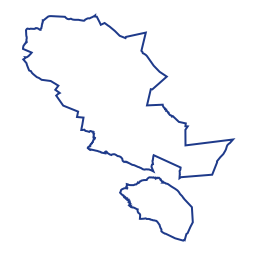 the district of Morelos, México, Mexico
{"feature_id": "50627088B14737747696795", "entity_name": "Morelos", "entity_type": "district", "adm_level": 2, "iso_a3": "MEX", "parent_name": "Mexico", "parent_adm1": "México", "projection": "mercator", "projection_center": [-99.637, 19.725], "detail": "fine", "context": "isolated", "style": "outline", "palette": "blue", "viewbox_px": 256, "rotation_deg": 0, "n_neighbors": 0, "source": "geoboundaries", "source_scale": "gbopen_adm2", "svg_char_len": 5718}
<svg xmlns="http://www.w3.org/2000/svg" viewBox="0 0 256 256"><path d="M63.2,105.6L78.1,111.6L77.0,117.0L83.5,117.6L82.3,124.8L81.7,127.6L81.3,130.0L82.4,130.0L84.4,129.7L85.4,130.9L87.4,131.3L89.3,131.9L90.1,131.1L90.6,131.0L91.2,131.2L91.7,131.6L92.3,131.7L92.8,131.6L93.1,132.3L93.6,132.3L93.3,133.3L93.5,133.9L94.0,134.0L93.7,135.0L93.8,135.4L93.6,136.0L93.4,137.3L93.6,137.9L93.8,137.9L93.9,137.4L94.3,137.3L94.6,137.7L95.0,137.9L94.8,138.6L94.6,138.7L94.4,138.5L94.1,138.7L94.1,139.2L93.8,139.2L93.6,139.5L93.3,140.5L93.0,140.9L92.9,142.0L92.5,142.1L92.0,142.6L92.0,143.3L91.2,143.7L91.2,144.0L90.7,144.3L90.3,145.0L90.4,145.8L90.2,145.9L89.8,145.8L89.7,146.0L90.0,146.3L89.8,146.5L88.7,146.7L88.2,147.1L87.8,147.7L87.8,148.2L88.6,148.6L88.8,149.0L90.1,149.3L90.0,149.8L90.4,149.9L90.5,149.4L94.1,150.2L95.7,150.6L97.7,151.0L98.5,151.4L100.1,151.8L100.4,151.9L100.7,152.2L101.0,152.2L101.5,152.6L105.6,153.4L105.9,152.1L105.2,151.9L105.4,151.7L105.8,151.5L106.3,151.5L106.7,151.8L107.2,152.8L109.9,154.5L111.4,155.0L111.8,154.6L112.4,154.4L113.9,154.2L114.7,154.3L116.3,155.1L116.9,155.6L117.8,156.1L118.4,156.1L119.1,156.3L120.6,156.9L122.2,158.6L122.5,160.1L122.7,160.8L123.2,161.3L124.0,161.8L124.7,161.7L124.7,161.8L125.0,161.7L125.7,161.9L125.9,162.1L126.5,162.2L126.8,162.0L127.3,162.3L127.3,162.2L132.2,164.8L134.2,165.2L138.2,167.0L139.3,167.3L139.8,167.6L140.9,168.0L143.0,169.3L144.7,169.6L146.0,169.3L147.0,169.3L147.9,169.5L148.8,169.4L151.3,170.3L153.4,171.4L151.8,167.6L151.6,167.1L151.5,166.5L151.9,164.9L152.1,164.5L153.0,164.2L152.5,161.4L152.5,161.1L152.6,160.4L152.8,160.3L153.4,156.0L153.7,155.2L180.6,167.5L180.4,169.4L180.1,170.4L179.7,170.7L179.6,171.5L179.8,172.8L179.7,173.9L179.9,174.2L179.9,174.7L179.7,175.0L179.5,178.2L180.9,177.2L212.2,174.7L217.1,162.3L217.0,161.3L220.3,157.2L223.3,154.1L225.3,150.7L226.0,149.2L226.9,146.2L227.5,145.0L228.9,143.7L229.9,143.0L233.0,139.5L185.5,145.4L185.4,129.8L187.7,126.4L185.4,126.2L185.8,123.4L178.9,121.9L173.0,116.3L172.7,116.4L172.6,116.2L171.8,116.5L171.6,115.9L171.4,115.6L169.9,115.0L168.5,113.3L168.6,113.1L168.2,112.7L168.4,112.4L167.5,111.7L166.7,110.7L166.2,110.8L166.2,109.5L165.0,109.3L165.0,108.4L164.5,108.2L163.5,107.0L162.8,105.6L162.7,104.7L147.0,105.4L150.8,89.2L152.3,89.4L166.8,76.6L159.6,71.8L153.7,65.7L146.9,56.0L145.9,55.0L144.3,53.9L142.8,53.2L142.5,52.1L142.3,51.9L141.4,50.8L145.8,32.6L126.0,36.9L125.5,38.1L119.7,35.8L114.9,31.0L109.5,26.5L108.1,25.6L104.6,23.0L100.8,24.8L99.6,22.2L96.8,16.7L94.9,16.5L95.0,16.4L95.1,15.4L94.2,16.1L92.1,17.2L91.1,17.6L89.5,18.4L88.1,18.3L87.2,18.6L85.1,19.7L84.4,20.6L83.4,20.7L79.8,20.1L78.5,19.8L74.9,19.8L73.0,19.6L71.8,19.2L70.9,18.7L69.1,19.2L68.2,19.1L67.4,18.9L66.8,18.5L66.1,18.0L64.9,16.8L50.9,16.1L49.3,16.2L48.1,16.6L43.3,20.5L43.2,20.7L42.8,20.5L42.8,21.8L42.7,22.2L42.5,22.3L42.4,23.4L42.1,23.8L42.1,24.5L41.8,25.3L41.8,26.2L41.6,27.0L41.3,27.7L41.4,28.1L40.5,29.4L40.5,29.8L39.7,29.7L38.7,28.9L37.5,28.3L36.6,28.1L35.7,28.1L35.4,28.3L35.5,28.5L34.4,28.9L33.8,28.9L30.5,28.7L29.5,29.0L27.4,28.6L26.8,29.0L26.0,30.2L26.2,33.9L26.2,34.5L26.4,36.3L26.7,36.9L26.7,37.3L26.7,38.6L26.5,39.4L26.4,40.1L26.6,41.4L26.5,41.6L26.6,41.8L26.4,42.0L26.6,42.3L26.4,42.5L26.2,42.4L26.0,42.5L25.8,42.4L25.7,42.6L25.2,43.7L24.7,44.0L24.6,44.3L23.5,45.8L23.1,47.5L23.0,48.9L31.7,52.6L31.0,53.5L28.8,55.8L27.5,56.8L26.6,57.3L25.1,57.2L25.3,57.5L25.4,57.8L25.3,58.0L24.3,58.8L23.3,59.4L26.5,63.2L26.9,64.8L27.7,66.9L29.1,70.4L29.4,70.6L31.0,71.2L31.8,72.7L33.2,74.1L36.8,77.1L39.0,78.0L41.6,79.8L50.7,81.0L58.4,85.7L55.3,89.8L59.7,93.0L58.1,93.9L56.2,95.6L63.2,105.6ZM192.8,222.3L191.9,207.2L184.2,199.0L183.9,198.4L183.6,198.3L182.2,196.2L181.2,195.2L179.9,193.8L179.1,192.4L178.4,191.5L177.4,190.4L175.0,188.7L171.4,186.5L168.0,184.1L166.6,183.6L166.0,183.6L164.8,182.8L163.2,182.7L163.5,182.5L163.4,182.1L163.1,182.1L162.9,181.8L162.7,182.0L162.6,181.9L162.1,181.4L161.8,181.4L161.7,181.1L161.5,180.8L161.1,180.4L161.1,180.1L160.9,179.7L160.5,179.8L160.3,179.4L160.4,179.1L160.2,179.0L160.0,178.7L159.8,178.6L159.1,178.0L159.0,177.8L158.3,177.8L158.0,178.0L157.7,177.8L157.2,177.7L156.7,178.3L156.2,178.2L155.9,178.4L155.9,178.0L155.5,177.6L154.6,177.9L153.8,177.5L153.4,177.6L153.2,177.4L152.7,177.6L151.6,177.4L150.8,177.5L150.0,177.3L149.2,177.4L147.9,178.3L147.2,179.0L146.7,180.0L143.8,180.1L141.4,180.6L140.9,181.1L139.6,181.6L139.5,182.2L139.2,182.6L138.7,182.9L137.9,183.2L137.7,182.8L137.3,183.4L136.3,184.4L135.8,184.5L135.2,184.4L133.7,185.1L130.4,185.1L128.7,184.9L128.0,184.4L126.8,184.1L126.9,185.2L127.2,185.5L126.9,186.0L126.6,186.1L126.2,186.8L126.2,187.1L127.3,188.0L127.1,188.5L126.3,188.3L125.1,188.2L124.2,188.3L121.8,189.4L121.0,190.2L120.5,192.3L120.2,192.4L120.1,192.6L120.5,193.2L122.4,195.0L123.0,195.5L123.4,195.4L123.6,195.8L124.4,196.4L124.0,196.9L124.1,197.2L124.6,197.2L125.0,196.9L125.3,197.1L125.3,198.0L126.7,198.2L126.3,198.9L128.0,199.4L127.7,199.6L127.4,199.7L127.4,200.1L128.6,200.3L128.6,200.7L128.7,201.3L129.6,201.2L129.8,201.9L130.0,203.2L129.9,203.2L130.3,203.5L129.7,204.1L129.9,204.4L129.6,204.7L130.1,205.0L129.7,205.3L130.7,205.5L130.0,206.2L130.7,206.7L130.8,206.6L132.3,207.3L132.2,207.4L132.6,207.5L133.1,207.4L134.3,207.8L137.0,209.2L137.7,209.4L137.5,210.3L137.8,211.8L138.4,212.9L139.6,213.7L140.2,215.0L139.9,218.8L140.9,218.9L143.6,218.7L145.8,218.4L146.8,219.0L148.2,218.9L149.9,219.1L150.2,219.5L152.4,220.0L153.0,220.3L154.4,220.4L156.1,220.9L156.4,220.9L157.4,221.9L159.7,225.1L159.7,225.6L160.5,227.9L161.4,229.4L161.4,231.3L162.7,232.4L165.0,233.7L165.6,233.7L175.1,238.3L183.2,240.6L184.0,239.9L184.3,239.8L184.7,240.1L186.4,234.0L187.6,233.2L190.5,226.7L192.8,222.3Z" fill="none" stroke="#1e3a8a" stroke-width="2"/></svg>